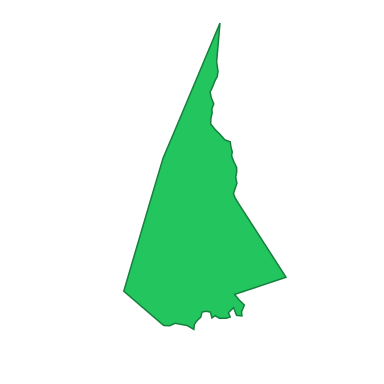 Barcelona, Rio Grande do Norte, Brazil, rotated 150°
{"feature_id": "56859067B2064613695098", "entity_name": "Barcelona", "entity_type": "district", "adm_level": 2, "iso_a3": "BRA", "parent_name": "Brazil", "parent_adm1": "Rio Grande do Norte", "projection": "equal_earth", "projection_center": [-35.938, -5.981], "detail": "fine", "context": "isolated", "style": "filled", "palette": "green", "viewbox_px": 384, "rotation_deg": 150, "n_neighbors": 0, "source": "geoboundaries", "source_scale": "gbopen_adm2", "svg_char_len": 887}
<svg xmlns="http://www.w3.org/2000/svg" viewBox="0 0 384 384"><g transform="rotate(150 192 192)"><path d="M283.3,90.6L278.2,87.3L272.2,86.7L262.9,78.7L259.1,72.1L256.1,76.2L251.9,78.1L247.0,79.2L243.3,83.0L239.3,81.6L236.1,78.7L237.7,73.0L233.8,73.3L231.4,68.9L225.6,65.6L221.5,64.6L220.7,69.3L213.8,71.0L215.1,62.9L210.7,59.7L209.0,63.5L203.2,67.9L205.1,74.7L206.3,82.0L178.4,76.3L153.2,71.2L157.5,159.8L157.6,165.4L156.9,169.9L152.5,173.8L148.7,177.2L146.8,182.9L143.2,187.1L141.1,190.9L140.6,197.5L139.6,203.6L137.1,206.5L135.8,211.4L133.8,216.4L137.5,220.8L139.0,228.4L140.7,234.3L141.8,241.6L139.0,246.1L135.0,250.4L133.2,254.1L129.1,257.4L128.2,263.8L126.4,269.5L122.2,272.3L116.4,276.9L112.4,279.4L109.2,283.4L105.6,292.4L83.3,324.3L151.8,272.3L179.5,251.3L200.0,235.9L229.6,207.9L266.8,172.5L300.7,140.2L283.3,90.6Z" fill="#22c55e" stroke="#15803d" stroke-width="1.5"/></g></svg>